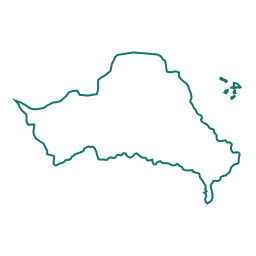 Kunak, Sabah, Malaysia (Albers equal-area conic projection)
{"feature_id": "92858781B10132292463184", "entity_name": "Kunak", "entity_type": "district", "adm_level": 2, "iso_a3": "MYS", "parent_name": "Malaysia", "parent_adm1": "Sabah", "projection": "albers", "projection_center": [118.158, 4.693], "detail": "fine", "context": "isolated", "style": "outline", "palette": "teal", "viewbox_px": 256, "rotation_deg": 0, "n_neighbors": 0, "source": "geoboundaries", "source_scale": "gbopen_adm2", "svg_char_len": 4556}
<svg xmlns="http://www.w3.org/2000/svg" viewBox="0 0 256 256"><path d="M47.1,154.1L50.8,155.3L52.8,155.5L54.1,156.3L54.2,158.3L53.8,160.2L53.6,162.0L53.6,163.8L54.5,164.9L55.8,165.5L57.5,164.8L59.6,163.6L62.2,162.9L64.1,161.9L65.2,160.5L67.1,159.8L69.2,159.8L70.8,158.8L71.8,156.8L73.6,155.5L75.9,153.9L79.8,152.6L81.8,151.8L83.6,150.6L84.1,148.8L86.6,147.3L88.6,146.5L89.9,147.1L91.6,146.9L93.5,146.9L94.8,148.5L96.5,152.2L96.9,154.5L97.8,157.1L98.5,159.3L100.5,159.6L103.1,159.5L105.1,159.8L107.1,159.8L108.8,158.1L110.6,157.3L113.1,157.8L114.6,158.1L115.8,156.6L117.3,154.8L119.5,155.1L121.6,155.3L122.2,154.3L123.8,153.2L125.8,153.6L126.1,154.8L127.1,155.9L128.3,156.9L130.1,157.6L131.5,157.3L133.2,155.9L134.8,153.9L136.5,153.4L138.1,154.5L140.5,156.4L141.6,157.4L143.9,157.8L145.5,157.8L147.2,160.2L148.9,160.6L152.3,159.6L152.6,162.2L153.6,163.9L154.9,164.6L156.0,164.2L156.8,162.6L158.3,161.9L160.0,161.1L161.3,161.9L162.0,162.9L164.9,163.2L167.2,163.2L169.2,163.6L170.9,164.9L172.9,165.5L175.2,165.2L177.0,163.8L179.0,165.4L180.3,166.4L182.2,167.1L182.9,169.1L184.5,170.1L186.5,170.4L189.0,170.4L191.2,170.2L192.5,170.2L193.5,171.5L193.2,171.7L195.3,172.6L196.9,172.8L198.0,172.9L199.5,174.1L199.6,175.9L199.8,177.1L201.5,179.5L202.6,180.8L203.6,182.8L205.5,185.5L205.8,188.1L205.0,189.2L206.6,191.2L205.5,192.1L204.3,192.6L205.6,193.6L206.3,196.3L205.5,197.8L205.0,199.6L205.8,201.8L207.3,203.5L210.4,201.5L211.7,200.2L211.7,199.7L212.6,198.0L212.4,196.2L212.4,193.3L211.7,191.0L211.1,188.4L210.6,185.9L211.5,183.9L213.3,181.0L214.9,180.8L216.6,181.0L218.9,180.8L220.2,179.4L220.9,177.0L224.2,175.6L225.8,175.4L229.4,172.3L230.5,169.4L231.4,167.1L233.6,165.1L235.8,164.0L237.2,163.8L238.5,162.9L238.7,160.9L238.7,159.1L239.6,154.6L239.4,153.5L237.8,152.2L234.7,152.6L232.9,152.6L231.4,150.4L230.9,148.0L231.8,144.2L229.8,142.4L227.1,142.4L225.6,140.4L224.0,140.6L219.8,141.3L218.6,141.0L216.9,139.5L216.6,137.0L216.4,134.8L215.3,133.7L214.0,132.1L214.0,130.1L212.4,128.8L210.8,128.8L209.3,127.7L208.2,125.9L206.8,124.3L204.1,123.0L201.7,121.6L201.0,119.4L201.9,118.1L201.9,116.7L200.6,115.2L198.8,114.5L197.2,113.4L195.2,109.1L193.9,108.2L193.0,105.8L192.0,103.9L190.3,101.9L190.5,100.1L191.3,98.4L191.5,96.7L190.5,92.2L189.3,89.7L187.9,85.4L186.5,83.7L184.9,82.4L182.5,80.5L180.6,78.9L179.0,76.4L178.9,74.4L179.2,72.4L177.0,71.7L175.2,71.4L172.6,72.1L168.6,72.1L166.6,71.4L166.6,69.4L166.1,67.1L165.9,64.7L164.9,60.4L162.9,59.5L161.8,57.5L160.5,56.0L157.3,54.5L150.1,53.8L141.9,53.1L132.9,52.5L117.6,54.9L115.5,56.7L111.8,64.2L110.5,70.9L105.8,74.9L101.4,77.4L98.1,80.2L98.2,89.1L96.8,94.1L87.5,95.6L83.9,95.2L79.8,94.9L78.6,92.8L77.1,90.6L72.5,91.1L68.9,92.4L66.2,96.0L60.4,101.1L57.1,102.1L53.1,102.5L47.9,105.2L43.9,107.9L36.5,109.3L32.8,109.1L28.6,107.6L27.2,106.2L25.4,105.1L22.1,103.3L21.1,102.6L15.4,100.6L18.7,104.4L19.8,107.5L22.5,111.1L26.3,114.4L26.5,116.9L26.5,121.1L28.1,124.7L34.3,124.5L33.4,132.3L34.3,135.6L36.3,138.8L40.3,141.5L43.7,143.9L47.2,150.8L47.2,153.5L47.1,154.1ZM240.4,86.9L240.2,86.7L239.9,86.5L239.0,86.1L238.6,85.4L238.3,84.5L237.8,84.1L236.8,83.6L235.8,83.3L235.3,83.1L234.5,82.9L234.0,82.8L233.9,83.1L234.1,83.4L234.3,83.5L234.1,83.9L233.7,84.4L233.6,84.9L233.9,85.1L234.2,85.4L234.3,85.8L234.2,86.3L233.6,86.7L233.8,87.2L234.0,87.4L233.9,87.5L233.0,87.3L232.1,87.3L231.3,87.3L231.1,87.6L231.7,87.7L232.3,87.7L232.7,87.9L233.8,88.2L234.2,88.5L234.9,88.0L235.4,87.7L235.9,87.4L236.3,87.6L237.0,87.4L237.9,87.3L238.6,87.3L239.1,87.6L239.6,87.8L240.6,87.3L240.4,86.9ZM223.5,79.5L223.0,79.3L222.5,78.7L222.2,78.3L221.8,78.1L221.2,78.0L220.6,78.0L220.3,78.5L220.3,78.9L220.9,79.4L221.2,79.7L221.5,79.7L222.2,79.7L223.2,80.1L223.6,80.4L224.4,80.7L224.9,81.0L225.3,81.3L225.8,82.0L226.4,81.8L226.8,81.1L226.0,80.4L225.6,80.3L225.3,80.0L224.8,79.6L224.1,79.6L223.5,79.5ZM227.8,90.0L227.3,90.2L226.9,90.4L226.6,90.4L225.9,90.4L225.7,90.4L225.5,90.6L225.8,90.9L225.8,91.6L225.7,91.9L224.7,92.0L224.4,92.4L224.7,92.6L225.2,92.5L225.7,92.5L225.8,93.2L226.3,93.2L226.6,92.7L226.7,92.3L226.8,91.9L227.2,91.7L227.7,91.4L227.7,91.0L227.8,90.6L227.8,90.0ZM232.3,98.5L232.7,98.2L233.0,97.8L233.3,97.5L233.8,97.3L234.5,97.0L234.7,96.2L234.4,96.1L233.6,96.4L232.8,96.6L232.1,96.8L231.9,97.1L231.4,97.3L231.3,97.5L231.3,97.9L231.3,98.4L231.4,98.7L231.7,98.9L232.3,98.5ZM234.6,93.1L235.1,93.0L235.4,93.0L235.1,92.0L235.1,91.6L235.1,91.1L235.1,90.7L234.9,90.4L234.5,90.5L234.5,90.8L234.6,91.3L234.6,91.6L234.0,91.9L233.6,92.0L233.5,92.3L233.8,92.6L234.0,93.0L234.1,93.4L234.6,93.1Z" fill="none" stroke="#0f766e" stroke-width="2"/></svg>